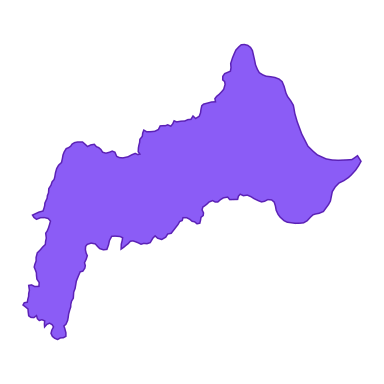 outline of Igrapiúna, Bahia, Brazil
{"feature_id": "56859067B23298500408343", "entity_name": "Igrapiúna", "entity_type": "district", "adm_level": 2, "iso_a3": "BRA", "parent_name": "Brazil", "parent_adm1": "Bahia", "projection": "natural_earth1", "projection_center": [-39.239, -13.883], "detail": "fine", "context": "isolated", "style": "filled", "palette": "violet", "viewbox_px": 384, "rotation_deg": 0, "n_neighbors": 0, "source": "geoboundaries", "source_scale": "gbopen_adm2", "svg_char_len": 3901}
<svg xmlns="http://www.w3.org/2000/svg" viewBox="0 0 384 384"><path d="M361.0,161.3L357.5,155.7L354.6,157.8L351.9,159.6L347.4,159.9L338.3,160.3L332.2,160.0L326.1,158.9L317.3,154.9L313.0,151.2L307.9,146.2L304.1,138.7L301.7,134.0L297.1,121.5L294.8,113.5L293.9,108.2L293.3,105.2L290.7,100.8L287.6,96.6L286.0,93.2L284.1,86.4L282.1,81.6L279.1,79.1L275.0,77.5L270.4,76.7L266.0,76.2L262.7,74.8L259.3,72.7L257.4,69.4L255.5,64.8L254.9,61.7L254.3,58.9L252.4,50.5L250.5,47.4L247.7,45.3L244.3,44.5L241.2,44.8L238.9,46.8L235.9,50.0L234.4,53.3L232.6,57.6L230.7,63.5L231.0,67.8L230.4,71.2L227.8,72.3L224.7,73.6L222.8,76.3L222.7,79.9L224.6,81.5L225.1,84.4L223.7,89.3L221.5,91.9L219.2,94.3L216.7,96.3L214.9,98.6L215.5,101.8L211.5,102.0L207.5,103.1L203.6,104.1L201.8,105.7L201.0,109.3L200.5,112.9L199.2,116.3L195.6,118.5L193.0,116.0L190.9,119.4L187.9,119.6L184.8,121.0L181.0,121.2L176.6,121.9L174.1,120.8L172.7,123.9L170.8,126.2L167.7,124.8L165.5,125.7L163.2,125.7L160.2,125.9L158.4,129.5L154.8,131.3L150.6,131.7L146.7,131.8L143.8,130.1L142.7,133.1L142.3,136.3L139.9,139.3L139.6,142.6L138.9,145.2L138.4,148.0L138.2,151.7L139.9,154.1L137.8,154.6L135.2,153.4L132.0,154.7L128.0,156.8L122.9,157.9L119.4,157.6L116.7,156.4L114.9,152.2L112.2,151.1L109.6,152.2L105.9,153.2L102.6,152.2L100.9,149.5L98.7,147.6L96.4,146.7L94.3,144.3L90.8,144.9L87.5,146.5L85.3,144.4L82.5,142.0L79.8,142.0L77.6,142.0L74.6,142.6L72.1,144.1L70.7,146.2L68.7,147.6L66.2,148.6L64.2,151.9L63.0,155.0L62.4,158.5L61.5,162.5L58.6,165.2L56.7,168.5L55.5,172.7L54.8,176.9L54.1,179.5L52.1,181.8L51.0,185.2L48.8,188.6L48.5,192.9L47.4,195.6L47.1,198.3L46.0,200.6L44.9,203.1L44.7,205.6L44.0,208.2L43.0,211.0L38.9,212.1L32.5,215.1L34.0,217.5L36.5,219.3L40.5,217.7L44.6,217.6L48.2,218.5L50.5,221.1L49.4,225.0L48.5,227.9L47.2,231.0L45.7,233.2L46.3,238.1L45.6,241.3L45.3,244.5L42.7,247.0L40.0,250.2L37.3,252.8L36.1,257.4L36.1,261.0L34.8,264.5L34.2,267.1L35.3,269.8L36.4,272.8L36.5,275.6L36.9,279.1L39.2,282.6L38.9,286.4L34.7,286.5L31.5,284.9L28.7,285.4L29.4,290.3L28.7,293.5L28.6,296.4L27.8,299.3L27.3,302.2L24.3,302.7L23.0,305.0L25.6,307.0L28.0,309.0L28.2,311.9L28.7,315.8L30.9,317.4L33.9,317.6L36.5,315.6L37.4,318.7L39.3,320.5L41.9,319.7L44.7,320.9L44.4,323.8L44.6,326.9L46.9,324.3L49.6,323.2L52.2,324.7L53.5,326.9L51.8,330.2L51.0,333.4L52.4,336.4L54.6,338.2L57.6,339.5L60.4,337.9L63.4,337.7L65.9,336.3L65.9,332.8L64.8,328.6L63.9,326.0L65.9,324.3L67.6,320.5L68.2,317.3L68.6,314.1L69.7,310.0L70.7,307.0L70.8,304.3L71.6,301.0L73.3,298.2L73.5,295.1L73.7,292.1L75.1,288.4L75.8,284.3L76.3,281.2L78.4,275.9L80.2,271.8L82.8,271.2L84.8,268.2L85.3,265.7L84.5,262.7L86.2,259.2L87.3,255.7L86.1,253.0L85.4,249.8L85.6,246.4L87.2,244.4L91.1,243.1L95.3,243.9L97.7,246.6L99.7,248.6L103.4,249.8L106.9,249.4L108.5,244.9L109.5,240.4L111.7,236.3L115.1,236.1L120.0,236.5L122.6,237.7L122.2,240.6L121.3,244.1L121.1,249.1L123.8,247.2L126.0,245.3L128.1,243.7L130.4,241.2L133.0,240.9L135.4,241.7L138.2,242.8L141.0,244.2L143.8,243.4L147.0,243.7L150.2,242.6L152.9,238.1L155.1,235.9L157.6,238.2L161.7,239.5L165.7,237.2L167.7,234.0L171.2,233.3L178.0,224.5L179.7,221.5L182.2,220.5L183.0,217.7L186.7,217.7L189.8,219.3L192.1,221.3L194.6,221.8L197.0,223.8L199.8,223.2L200.5,220.3L201.0,217.3L203.2,215.5L203.5,212.9L202.1,209.9L202.8,207.1L204.7,205.8L206.8,204.2L209.1,202.0L212.6,200.6L215.2,202.0L217.8,202.0L220.5,199.6L223.5,197.8L227.7,197.1L229.7,199.6L233.8,199.5L237.6,199.4L238.4,196.2L240.2,194.2L243.4,195.7L247.3,195.1L251.2,196.8L254.0,198.6L258.4,200.7L261.5,201.9L264.5,201.3L267.8,199.6L271.6,199.9L274.2,202.1L275.4,205.9L276.2,210.3L278.1,214.4L280.2,217.2L284.1,220.7L287.2,222.2L295.2,223.3L299.9,223.2L303.6,222.8L307.1,220.8L310.6,217.0L313.0,214.8L315.4,214.0L319.1,213.3L323.4,211.5L328.5,204.5L330.4,201.0L332.3,191.6L335.3,186.8L339.0,183.0L343.9,180.6L348.6,177.4L351.1,175.1L355.7,170.0L358.6,165.7L361.0,161.3Z" fill="#8b5cf6" stroke="#5b21b6" stroke-width="1.5"/></svg>